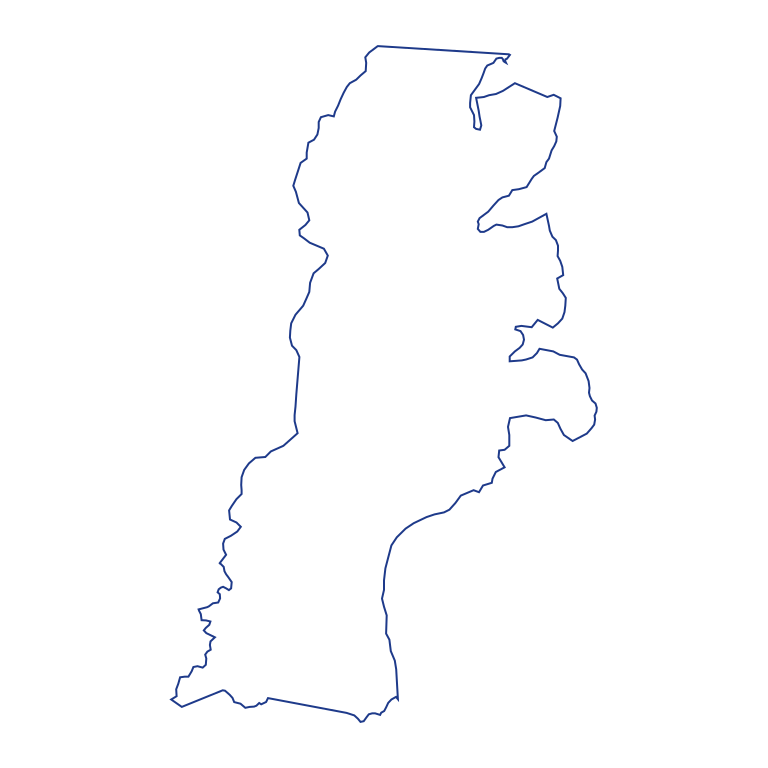 the district of Larut dan Matang, Perak, Malaysia, rotated 180°
{"feature_id": "92858781B7339413338476", "entity_name": "Larut dan Matang", "entity_type": "district", "adm_level": 2, "iso_a3": "MYS", "parent_name": "Malaysia", "parent_adm1": "Perak", "projection": "albers", "projection_center": [100.721, 4.813], "detail": "fine", "context": "isolated", "style": "outline", "palette": "blue", "viewbox_px": 768, "rotation_deg": 180, "n_neighbors": 0, "source": "geoboundaries", "source_scale": "gbopen_adm2", "svg_char_len": 4253}
<svg xmlns="http://www.w3.org/2000/svg" viewBox="0 0 768 768"><g transform="rotate(180 384 384)"><path d="M390.2,721.9L389.9,721.9L390.4,721.8L398.8,715.5L402.7,710.7L401.8,705.1L402.3,696.9L407.4,692.6L411.8,688.3L418.2,684.8L421.2,681.0L424.3,675.3L427.3,668.9L429.9,662.4L432.9,656.4L434.2,651.6L439.8,652.9L447.1,650.8L449.3,646.0L449.3,640.0L450.6,633.5L454.0,628.3L459.6,625.3L461.3,615.4L461.3,609.4L467.4,605.1L469.5,598.6L473.0,587.8L474.7,582.2L472.1,576.2L469.1,565.0L460.5,555.5L458.7,547.7L462.6,543.0L468.7,538.2L468.2,532.6L463.9,529.6L458.3,525.3L453.1,523.1L444.1,519.3L440.2,512.4L442.8,505.0L449.3,499.0L454.4,494.7L457.9,485.2L458.7,476.1L461.3,470.1L464.8,462.3L472.5,453.3L476.8,444.7L477.7,437.3L478.1,430.4L476.0,422.3L471.7,417.9L468.6,411.0L471.7,373.5L472.5,361.5L473.4,352.9L473.4,346.8L470.4,334.8L484.6,322.2L497.1,316.6L502.7,311.0L512.6,310.2L519.1,304.6L523.8,298.1L526.4,290.8L526.8,283.0L526.4,277.8L526.4,274.0L531.6,268.8L536.3,261.9L538.9,257.6L538.0,248.5L531.5,245.5L527.2,241.2L530.7,236.5L537.1,232.2L543.2,229.1L544.9,224.4L544.5,218.4L541.9,213.2L548.8,204.2L547.9,204.7L544.3,201.1L543.5,196.7L541.8,193.6L539.9,191.1L536.3,185.9L536.9,179.6L539.1,177.9L541.8,179.6L544.9,181.2L547.1,180.4L549.3,178.7L550.4,175.7L548.2,173.8L547.9,169.6L549.8,165.5L555.1,164.7L559.2,161.6L560.9,160.8L569.4,158.6L568.9,157.2L567.2,153.9L566.4,147.8L562.0,147.6L557.6,146.5L558.7,143.2L562.2,140.1L564.2,137.6L561.7,134.9L561.1,134.6L553.1,130.7L557.5,126.6L558.1,123.0L557.3,118.3L560.6,116.4L562.8,113.4L561.7,109.5L562.2,103.2L565.3,100.4L570.5,101.8L574.6,101.0L576.3,96.8L579.6,91.3L583.5,91.3L587.9,90.7L589.7,84.3L591.8,78.7L591.4,71.8L596.8,68.5L586.2,61.1L545.3,77.7L543.0,77.3L538.3,73.2L535.5,70.1L533.8,65.9L527.5,64.3L522.7,60.2L518.3,61.1L513.9,61.4L511.6,62.3L508.8,65.0L506.8,63.7L501.9,66.0L500.0,69.9L421.4,55.1L413.7,52.6L410.1,49.3L407.5,46.1L404.3,46.8L401.5,50.7L399.2,53.7L395.7,54.7L393.0,54.7L387.9,53.1L386.8,55.3L383.8,57.0L381.9,60.6L379.8,65.1L376.6,68.5L372.0,71.1L370.1,68.8L371.8,98.7L373.2,107.4L377.2,116.9L378.6,128.3L381.9,134.4L381.3,152.6L384.0,161.3L386.0,169.4L384.0,178.1L384.0,187.6L382.6,199.7L376.6,222.6L371.2,230.7L362.4,239.4L354.3,244.8L341.5,250.9L333.5,253.6L324.0,255.6L318.6,258.3L312.6,265.0L307.2,272.4L294.4,277.8L289.0,275.8L285.0,282.5L276.2,285.2L275.5,289.3L272.2,296.0L263.4,300.7L269.5,310.8L268.8,317.5L263.4,318.2L258.7,322.2L258.7,333.0L260.0,341.1L258.0,349.9L241.9,352.6L232.4,350.5L222.3,347.8L214.2,348.5L210.2,345.1L207.5,339.1L204.1,333.0L195.4,327.0L181.2,334.4L176.4,339.9L173.8,343.4L172.9,348.5L173.4,352.4L171.6,356.3L171.2,360.2L172.5,364.5L176.0,367.5L178.1,371.8L179.0,375.3L178.5,380.0L179.4,386.9L182.4,394.7L185.9,398.5L188.9,403.7L191.0,408.4L194.0,410.6L208.3,413.2L214.7,416.6L228.5,419.2L231.1,414.9L235.4,410.6L241.9,408.5L246.2,407.6L251.4,407.2L258.3,406.7L258.3,411.5L253.1,416.6L248.4,420.1L245.3,423.5L244.0,428.3L244.9,433.0L247.5,436.9L252.7,438.6L252.2,441.2L246.6,442.1L236.3,440.8L230.3,448.1L215.2,440.4L210.0,444.7L205.7,449.4L203.5,455.9L202.7,462.3L202.2,470.1L205.2,474.8L208.7,479.2L210.8,489.5L204.8,492.9L205.7,501.1L207.8,507.2L210.4,511.9L210.0,517.5L210.0,522.3L212.1,527.9L215.6,531.3L218.2,537.4L219.0,542.1L221.6,554.2L235.8,546.4L243.6,543.8L249.6,541.7L255.7,540.8L260.8,540.8L265.6,542.5L271.6,543.4L274.2,542.1L279.8,538.2L284.1,536.1L287.6,536.1L290.2,539.1L289.3,543.8L290.2,546.4L288.4,549.9L279.8,556.3L274.6,562.4L269.5,568.0L265.6,570.6L259.1,572.3L255.7,577.9L249.2,578.8L241.4,580.9L236.3,589.1L234.1,592.1L229.8,595.1L223.3,599.9L221.6,605.9L219.0,609.4L216.4,617.6L213.8,621.9L211.7,626.6L211.2,631.3L213.8,637.0L210.4,650.3L207.8,662.0L207.4,669.7L214.3,673.2L220.7,671.0L253.1,684.8L265.1,677.1L272.0,674.0L278.9,672.8L284.1,671.0L287.6,670.6L291.9,670.2L289.3,657.2L288.4,651.2L287.6,647.3L286.7,642.6L288.0,638.3L291.9,639.1L294.0,640.8L293.6,646.5L294.0,652.9L297.9,660.7L297.9,665.0L297.1,672.8L288.9,684.0L286.3,690.0L284.5,694.7L282.8,699.5L280.7,702.5L277.6,703.8L274.6,705.1L271.6,709.4L268.9,710.1L266.2,710.1L265.0,708.7L264.6,707.1L263.7,706.2L262.0,705.2L262.9,707.1L262.5,708.7L261.1,709.2L258.1,713.1L259.1,713.7L390.2,721.9Z" fill="none" stroke="#1e3a8a" stroke-width="2"/></g></svg>